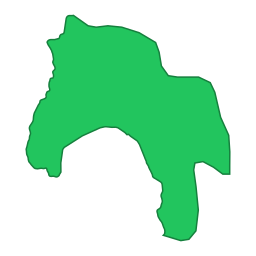 the Autonomous Province of Ihorombe
{"feature_id": "MDG-5874", "entity_name": "Ihorombe", "entity_type": "Autonomous Province", "adm_level": 1, "iso_a3": "MDG", "parent_name": "Madagascar", "parent_adm1": "", "projection": "natural_earth1", "projection_center": [45.657, -22.685], "detail": "fine", "context": "isolated", "style": "filled", "palette": "green", "viewbox_px": 256, "rotation_deg": 0, "n_neighbors": 0, "source": "natural_earth", "source_scale": "10m", "svg_char_len": 3224}
<svg xmlns="http://www.w3.org/2000/svg" viewBox="0 0 256 256"><path d="M210.2,82.6L214.8,92.3L220.6,117.3L228.7,135.3L229.8,151.9L229.7,165.8L229.7,174.1L222.8,174.1L213.5,167.2L203.0,161.6L194.9,163.0L193.7,169.9L196.0,186.6L198.3,210.1L195.9,230.9L188.9,239.3L180.8,240.6L163.3,235.3L164.0,234.6L164.5,233.9L164.7,233.4L164.8,232.4L164.9,231.6L164.8,230.4L164.5,229.0L163.6,227.1L162.2,223.1L161.5,221.8L160.2,220.2L158.5,217.3L158.0,216.1L157.6,213.8L157.2,212.4L157.0,211.3L157.2,210.3L157.9,209.6L159.6,208.5L160.3,207.8L160.8,206.9L161.3,204.8L161.6,203.8L162.0,202.9L162.3,201.8L162.3,200.7L161.8,198.4L161.4,197.3L161.1,196.2L161.1,195.1L161.4,194.0L162.4,192.0L162.7,191.0L162.7,190.1L162.2,184.8L161.8,183.2L161.1,182.3L160.2,181.6L153.6,177.6L153.1,177.1L152.7,176.5L152.4,175.0L152.2,174.3L150.6,170.9L149.6,169.1L148.8,167.3L148.6,166.7L148.4,166.0L146.6,163.1L146.6,162.9L146.4,162.3L146.2,161.0L145.9,160.4L145.1,158.6L144.7,157.5L139.5,144.5L137.7,141.6L137.2,140.9L130.5,136.2L128.5,134.3L127.0,134.7L124.9,132.5L118.0,127.8L115.8,127.2L111.9,127.3L105.9,126.7L104.6,126.8L100.1,127.8L82.4,135.8L64.2,147.4L62.7,149.5L60.8,162.9L60.9,172.1L59.5,174.4L59.0,175.6L57.7,176.6L57.2,176.8L56.6,176.9L56.0,176.9L54.3,176.4L53.1,176.2L51.1,176.4L50.0,176.2L49.5,175.9L49.1,175.4L48.9,174.9L48.5,173.1L48.0,172.1L47.7,171.7L47.2,170.7L46.9,169.4L46.6,168.6L46.2,168.2L45.7,168.1L44.1,168.5L43.5,168.6L41.8,168.3L41.2,168.2L37.5,168.8L36.6,168.7L35.2,168.5L34.5,168.1L33.9,167.7L31.2,164.7L30.3,163.4L29.5,162.5L29.2,162.2L29.0,161.7L28.7,161.2L28.5,160.4L28.3,159.7L28.1,157.7L27.9,157.1L27.5,156.0L27.2,155.5L26.9,154.7L26.7,154.0L26.6,153.3L26.5,151.8L26.3,150.1L26.2,149.4L26.3,148.7L27.0,146.5L28.0,142.1L28.4,141.0L29.0,140.0L29.2,139.5L29.3,139.0L29.4,138.5L29.5,136.9L29.6,136.5L29.7,136.0L30.3,134.5L30.5,133.8L30.5,133.1L30.4,132.5L30.3,131.8L29.5,129.2L29.4,128.5L29.4,127.8L29.5,127.2L29.7,126.6L29.9,126.1L32.5,122.1L33.0,121.0L33.3,119.8L33.5,116.9L33.7,115.5L34.3,113.1L38.3,105.1L38.9,104.2L39.2,103.8L39.5,103.3L39.7,102.8L39.9,102.2L40.0,101.5L40.1,100.9L40.5,100.4L40.9,100.1L41.8,99.7L43.9,99.0L45.3,98.3L45.7,97.9L46.0,97.5L46.2,97.0L46.2,96.4L46.0,95.2L46.0,94.6L46.8,92.4L47.1,91.9L47.5,91.6L49.0,91.0L49.4,90.7L49.7,90.3L49.8,89.7L49.7,89.0L49.2,87.2L49.0,86.3L49.0,85.5L49.0,84.1L49.2,82.7L49.3,82.1L49.8,81.0L50.2,79.2L50.4,78.7L50.8,78.4L51.4,78.2L52.6,78.1L53.0,77.9L53.2,77.4L53.6,76.2L53.5,75.4L53.4,74.4L52.9,72.9L52.8,72.0L53.0,71.3L54.4,69.9L54.7,69.5L55.0,69.0L55.1,68.4L55.0,67.4L54.6,66.3L53.5,64.3L53.1,63.2L52.8,62.3L52.9,61.7L53.0,61.1L53.5,60.0L53.5,59.4L53.5,58.7L52.7,53.8L52.4,53.0L52.1,52.3L51.6,50.6L50.2,48.0L48.2,44.9L47.5,43.3L47.1,42.2L47.3,41.7L47.6,41.2L48.3,40.5L48.7,40.2L49.7,39.8L50.8,39.6L54.7,39.6L58.5,38.6L59.0,38.4L59.3,38.0L59.5,37.4L59.8,36.2L60.0,35.6L60.3,35.2L60.6,34.8L61.0,34.5L61.5,34.3L62.6,34.0L63.1,33.7L63.5,33.5L63.8,33.0L64.1,32.6L66.2,18.6L66.4,18.0L66.6,17.4L66.9,17.0L67.2,16.6L67.6,16.2L68.0,16.0L68.5,15.8L69.1,15.6L72.3,15.6L73.4,15.4L88.1,25.8L96.2,27.2L107.9,25.8L121.8,27.2L139.3,32.8L155.6,42.5L159.1,52.2L161.4,66.0L168.3,75.7L177.6,77.1L189.3,77.1L198.6,77.1L210.2,82.6Z" fill="#22c55e" stroke="#15803d" stroke-width="1.5"/></svg>